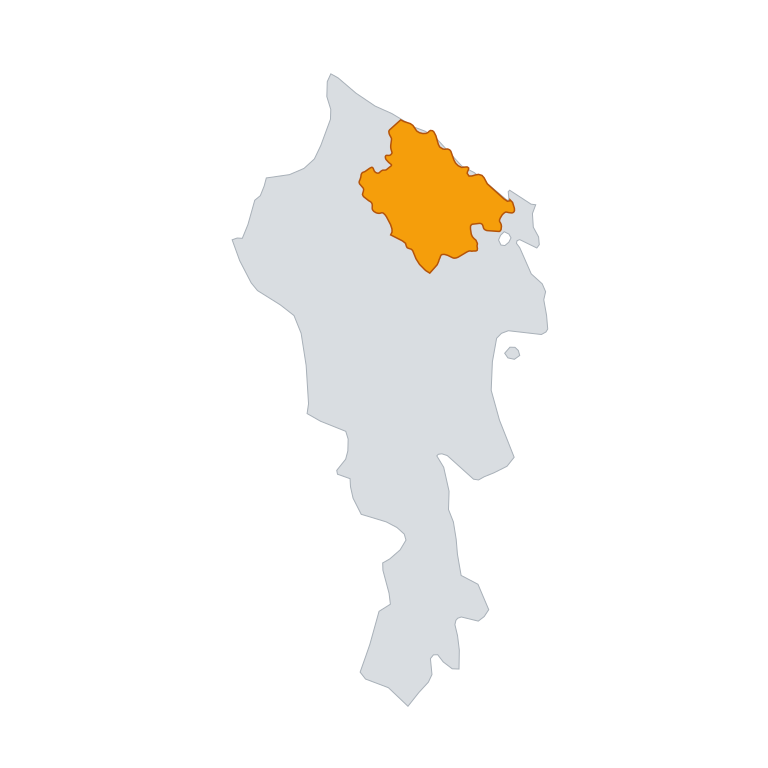 Armenia, with Lori highlighted, rotated 41°
{"feature_id": "ARM-1674", "entity_name": "Lori", "entity_type": "Province", "adm_level": 1, "iso_a3": "ARM", "parent_name": "Armenia", "parent_adm1": "", "projection": "natural_earth1", "projection_center": [44.445, 40.946], "detail": "fine", "context": "in_parent", "style": "filled", "palette": "amber", "viewbox_px": 768, "rotation_deg": 41, "n_neighbors": 0, "source": "natural_earth", "source_scale": "10m", "svg_char_len": 4638}
<svg xmlns="http://www.w3.org/2000/svg" viewBox="0 0 768 768"><g transform="rotate(41 384 384)"><path d="M345.4,456.8L340.0,448.4L313.1,421.1L288.2,400.1L271.2,391.4L253.9,392.3L227.2,396.5L217.4,394.8L194.2,385.6L174.8,374.8L177.4,370.2L181.5,367.0L176.7,352.9L165.9,330.1L167.1,323.0L163.7,313.2L160.0,305.7L175.3,288.0L182.2,273.7L183.8,259.8L179.8,245.4L169.9,219.3L163.7,211.7L152.3,204.6L142.8,193.0L140.4,184.8L148.5,183.1L172.0,182.9L194.9,180.1L212.7,174.7L238.6,170.2L249.3,166.2L261.7,164.2L299.6,168.5L313.7,165.2L356.3,164.6L357.4,162.9L351.6,157.4L351.7,155.3L377.0,151.8L380.9,149.2L384.2,158.0L393.8,167.7L404.2,171.6L409.8,177.0L410.1,181.1L391.7,186.0L390.4,188.5L391.6,190.9L397.1,192.1L422.9,204.3L437.7,204.6L445.4,208.3L449.3,215.6L461.6,225.5L471.5,235.1L472.1,238.5L470.3,243.4L442.9,262.2L439.4,268.7L439.0,275.6L451.2,296.1L469.0,318.4L494.8,335.5L530.3,353.9L530.8,365.4L525.2,379.0L520.5,388.2L518.3,394.4L514.0,397.1L478.7,396.5L473.5,398.7L471.1,401.4L471.0,403.6L483.7,407.7L503.5,422.3L515.0,436.4L526.9,442.6L540.3,453.8L551.1,464.3L567.8,477.9L586.3,473.5L611.1,485.6L612.2,493.8L610.7,501.1L595.2,509.1L593.3,512.4L593.3,515.2L595.4,519.1L604.6,525.7L615.4,535.4L627.6,549.9L622.3,554.2L611.0,554.9L602.1,553.1L599.0,556.0L599.2,560.8L610.8,571.8L613.1,579.9L612.7,593.8L613.5,611.5L586.6,610.3L563.6,618.8L555.0,617.1L549.1,602.1L544.2,589.9L529.4,558.8L533.3,546.0L525.1,538.6L505.4,525.3L500.4,519.9L503.1,512.3L505.0,498.6L503.0,487.4L497.8,484.0L488.0,483.8L476.1,486.6L452.3,497.3L435.6,490.5L426.1,483.5L420.5,477.7L408.1,482.6L405.0,480.2L404.4,465.9L400.6,458.2L393.1,449.1L386.2,444.8L360.7,453.7L345.4,456.8ZM384.4,200.2L385.2,195.1L384.0,190.4L379.9,188.9L374.8,190.2L374.4,195.3L376.0,200.2L381.1,202.4L384.4,200.2ZM466.2,279.8L460.4,283.0L454.9,281.6L454.9,273.6L458.8,270.4L463.4,270.6L467.7,273.4L466.2,279.8Z" fill="#d9dde1" stroke="#a8b0b8" stroke-width="1"/><path d="M353.2,165.6L357.3,165.1L358.8,163.1L358.2,162.3L361.9,162.6L367.2,165.9L368.7,167.5L369.1,168.7L369.0,169.7L368.6,170.6L367.9,171.3L365.7,172.8L363.5,174.0L362.9,174.6L362.5,176.0L362.2,178.6L362.9,182.6L363.6,184.5L364.7,185.6L366.0,185.9L367.7,186.7L369.2,187.9L371.0,190.6L371.3,192.1L370.9,193.3L361.0,200.7L359.3,201.3L358.0,201.4L356.8,201.0L354.8,199.7L353.7,199.2L352.7,199.1L351.7,199.4L350.7,200.1L345.7,205.6L345.5,206.8L345.6,207.8L346.2,208.7L347.6,210.3L351.5,213.6L353.5,214.6L354.5,214.9L356.7,215.2L358.8,215.1L359.4,215.3L359.9,215.5L360.4,215.8L362.2,216.6L362.7,217.1L363.4,218.5L364.0,219.1L365.8,220.6L366.6,222.1L366.2,223.1L365.5,223.9L364.5,224.7L363.2,226.1L362.7,226.5L362.1,226.8L361.3,227.4L360.6,228.5L360.0,229.8L356.7,239.8L355.9,241.3L355.0,242.4L354.1,243.2L353.0,243.7L347.7,245.1L344.8,246.4L343.7,247.3L342.6,248.6L342.6,249.5L342.8,250.5L343.3,251.6L344.1,254.2L344.7,255.3L345.9,259.1L345.8,270.3L341.3,271.0L339.7,271.0L332.3,270.4L326.0,268.5L318.3,264.6L317.3,264.4L316.1,264.4L313.1,265.7L311.9,265.9L310.4,265.3L307.9,263.7L304.0,263.9L291.2,267.1L290.4,264.1L289.3,262.8L288.2,261.7L284.4,259.4L276.2,256.2L273.8,255.6L271.7,255.5L271.0,255.6L270.4,255.9L269.9,256.3L268.8,258.0L267.6,259.0L265.9,259.9L263.3,260.4L261.6,260.2L260.4,259.7L259.6,258.9L258.1,257.0L256.9,255.9L256.0,255.5L254.9,255.3L254.2,255.3L252.2,255.7L245.7,256.0L244.7,255.7L243.4,255.1L243.0,254.3L241.9,251.9L240.9,250.4L239.8,249.8L234.3,249.0L233.1,248.3L232.3,247.2L232.0,246.0L231.4,244.5L230.7,243.0L229.4,241.0L229.0,239.7L229.0,238.5L230.1,236.5L230.3,236.0L231.6,230.7L232.0,229.7L232.4,228.7L232.6,228.6L232.8,228.3L233.2,228.2L233.7,228.2L234.3,228.3L236.8,229.6L237.9,229.8L239.0,229.8L240.3,229.4L241.2,228.8L241.8,227.8L242.0,225.8L242.3,224.5L242.8,223.4L244.6,221.8L245.2,220.8L246.3,214.6L246.1,213.9L245.6,213.6L242.1,213.7L238.7,213.3L237.6,213.0L236.7,212.4L235.8,211.5L235.6,210.7L235.7,210.0L236.2,209.5L237.5,208.5L238.1,207.9L238.6,207.1L238.7,205.6L238.6,204.8L238.3,204.2L237.9,203.9L235.1,202.1L233.9,201.1L232.6,199.6L229.7,195.2L228.8,194.0L228.0,193.5L224.4,192.1L223.4,191.5L222.0,190.3L221.6,189.5L221.5,188.4L223.3,173.9L223.3,173.7L226.9,172.8L233.1,170.2L236.2,169.9L242.7,171.6L245.9,171.1L249.0,169.5L251.4,167.2L252.2,165.3L252.3,163.7L252.7,162.2L254.5,161.0L256.2,161.0L260.3,162.6L267.8,167.5L270.6,168.6L274.2,168.0L275.7,167.1L276.8,165.9L278.0,164.8L279.9,164.2L281.8,164.5L290.0,169.2L293.3,170.4L296.8,170.6L300.5,169.6L303.6,166.3L304.6,165.5L306.3,165.5L307.1,166.9L307.7,168.9L308.5,170.4L311.7,171.3L313.9,169.3L315.8,166.3L317.8,163.8L321.1,162.3L324.2,162.7L330.7,165.2L353.2,165.6Z" fill="#f59e0b" stroke="#b45309" stroke-width="1.5"/></g></svg>